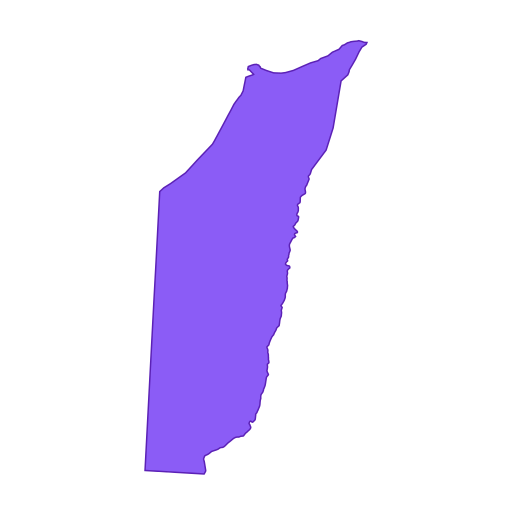 Albardón, San Juan, Argentina, rotated 183°
{"feature_id": "61730980B78651805295457", "entity_name": "Albardón", "entity_type": "district", "adm_level": 2, "iso_a3": "ARG", "parent_name": "Argentina", "parent_adm1": "San Juan", "projection": "robinson", "projection_center": [-68.511, -31.217], "detail": "fine", "context": "isolated", "style": "filled", "palette": "violet", "viewbox_px": 512, "rotation_deg": 183, "n_neighbors": 0, "source": "geoboundaries", "source_scale": "gbopen_adm2", "svg_char_len": 5495}
<svg xmlns="http://www.w3.org/2000/svg" viewBox="0 0 512 512"><g transform="rotate(183 256 256)"><path d="M273.9,441.6L273.5,441.6L273.2,441.5L272.7,441.5L272.4,441.5L272.2,441.4L272.0,441.2L269.9,439.2L268.0,437.5L267.8,437.3L267.9,437.2L268.1,437.1L268.7,436.8L268.8,436.7L269.3,436.5L270.6,436.0L272.4,435.3L275.4,434.0L275.5,433.9L276.3,428.2L276.5,427.1L277.5,420.1L277.6,419.9L279.0,416.8L279.4,415.8L279.9,415.2L281.2,413.7L281.3,413.6L282.9,411.1L283.7,409.9L284.2,409.2L285.6,406.9L285.9,406.5L288.7,400.3L291.1,395.3L294.2,388.6L301.3,373.5L301.5,373.1L301.7,372.7L302.1,371.9L303.5,368.9L305.3,365.4L319.5,348.9L330.7,335.3L345.3,323.7L351.6,319.3L355.5,315.3L355.5,242.6L355.6,204.3L355.6,165.9L355.6,89.3L355.6,50.9L355.6,36.0L296.4,35.6L295.1,38.3L295.0,38.9L295.0,39.2L296.8,47.5L296.9,47.9L297.0,48.3L297.3,49.1L297.7,50.3L297.7,50.8L297.2,52.4L296.8,53.5L296.5,53.9L295.3,54.6L294.6,54.9L294.0,55.3L293.1,55.8L292.2,56.6L290.8,57.8L290.4,58.3L290.1,58.5L285.5,60.3L285.0,60.5L284.7,60.7L284.2,60.9L283.8,61.1L283.5,61.3L283.2,61.6L282.6,62.0L282.2,62.4L281.8,62.6L281.4,62.7L280.9,62.9L279.5,63.1L279.1,63.2L278.6,63.5L278.1,63.8L277.4,64.4L276.7,65.1L274.9,67.1L274.4,67.7L274.0,68.0L273.6,68.4L273.0,68.9L272.5,69.3L272.0,69.8L271.4,70.3L270.8,70.9L269.9,71.7L269.3,72.3L268.9,72.6L268.6,72.8L268.0,73.2L267.1,73.7L266.4,74.0L265.3,74.2L264.5,74.3L263.7,74.3L263.0,74.6L261.8,75.2L259.6,75.5L259.1,75.7L257.4,78.2L257.0,78.7L256.7,78.9L256.0,79.5L255.1,80.5L254.3,81.3L253.5,82.1L253.0,82.7L252.6,83.4L252.4,83.8L252.3,84.4L252.3,84.8L252.5,85.3L253.3,86.9L253.3,87.2L253.6,87.6L254.0,87.9L254.2,88.4L254.0,89.2L253.7,90.1L253.4,90.5L252.9,90.8L252.3,90.7L252.0,90.4L251.7,90.2L251.4,90.0L251.0,89.9L250.6,89.9L250.3,90.2L248.6,92.0L248.2,93.0L248.0,96.7L248.0,98.0L247.6,98.8L247.0,99.5L246.7,100.3L246.4,101.3L246.1,101.8L244.6,106.1L244.4,107.2L244.3,108.5L244.3,110.0L244.2,111.7L244.1,112.6L243.8,113.8L243.8,114.4L243.9,115.4L243.9,116.6L243.8,117.2L243.7,117.8L243.2,118.7L242.8,119.3L242.4,119.9L242.2,120.2L241.8,121.4L241.5,122.6L241.5,123.0L241.4,123.6L241.3,123.9L241.0,124.4L240.9,124.8L240.7,125.4L240.2,127.0L240.0,128.2L239.8,129.9L239.7,131.1L239.5,132.9L239.4,134.1L239.2,135.4L238.9,136.0L238.4,136.7L238.0,137.2L237.7,137.6L237.4,138.2L237.7,139.0L238.6,140.6L239.1,142.1L238.9,143.3L238.7,145.1L238.7,146.2L239.0,147.8L238.9,148.7L237.7,149.8L237.5,150.6L237.9,152.4L238.2,153.3L238.2,155.0L238.4,155.8L238.4,156.6L238.5,157.8L238.6,158.6L239.2,160.1L239.2,161.0L239.2,162.6L239.5,163.5L240.3,165.2L240.2,166.1L239.0,167.3L238.5,168.0L238.2,169.7L237.9,170.8L237.3,172.5L236.8,173.9L236.2,175.3L236.0,175.9L235.0,177.4L234.3,178.2L233.7,180.0L233.3,180.9L232.5,182.4L232.1,183.3L231.7,184.9L231.2,185.7L229.9,187.0L229.3,187.6L229.1,189.3L229.0,190.3L228.9,192.2L228.8,193.2L228.6,194.6L228.2,195.7L227.6,197.4L227.6,198.5L227.5,200.0L227.5,200.9L227.8,202.5L227.9,203.3L227.4,205.0L227.2,206.1L228.2,207.2L228.5,207.9L227.5,209.3L226.9,210.3L226.0,212.1L225.4,213.4L225.0,214.8L224.7,215.8L224.6,217.1L224.7,218.2L224.7,219.5L224.5,220.5L223.9,221.7L223.6,222.3L223.4,223.4L223.0,225.3L223.0,226.8L222.9,227.9L223.2,229.6L223.4,230.6L223.5,232.2L223.8,233.0L223.8,234.7L223.8,235.7L224.2,237.2L224.0,238.3L223.6,240.0L223.7,241.1L224.0,242.6L223.7,243.7L222.5,245.1L221.7,245.7L221.6,246.4L221.7,246.9L222.0,247.5L222.4,247.8L224.2,248.1L225.0,248.3L226.1,249.4L226.0,250.4L225.2,251.7L224.6,252.3L224.3,252.5L224.2,253.3L224.6,253.9L224.6,254.5L224.0,255.5L223.5,256.3L223.4,257.3L223.5,258.1L223.2,259.3L223.1,260.7L222.7,261.7L222.2,263.3L222.3,264.3L222.8,266.0L223.1,267.0L223.2,268.1L223.3,268.6L223.1,269.7L221.3,273.6L220.9,274.5L220.0,275.9L218.9,276.3L218.5,276.5L218.1,276.9L217.8,277.3L217.5,277.6L217.9,278.1L218.2,278.5L218.6,279.1L218.7,279.7L218.6,280.1L218.4,280.4L217.5,281.0L216.9,281.2L216.3,281.3L215.9,281.8L215.9,282.4L216.2,282.9L216.9,283.5L218.3,284.7L219.1,285.4L220.1,286.7L220.3,287.1L220.3,287.6L219.1,288.7L218.7,289.4L218.3,290.3L218.1,290.8L217.4,291.6L216.3,292.8L215.9,293.8L215.6,295.7L215.5,296.8L215.4,297.2L215.6,297.6L216.2,298.1L216.9,298.2L217.2,298.5L217.4,299.1L217.4,299.6L217.1,300.9L216.4,302.2L216.1,303.9L216.2,304.7L216.2,305.9L216.3,306.5L216.4,307.1L216.8,307.7L217.2,308.3L217.3,309.0L217.0,309.9L216.3,310.4L215.3,311.3L214.9,311.6L214.8,312.3L214.7,313.2L214.8,314.6L214.8,316.9L214.4,317.6L213.2,318.9L212.4,319.4L210.9,320.4L210.4,320.7L210.0,321.2L209.9,321.8L209.9,322.4L210.1,323.4L210.5,325.0L210.6,325.9L210.2,327.4L210.0,328.2L209.3,328.9L209.1,329.4L208.5,331.2L207.7,333.5L207.1,335.3L207.0,335.7L207.2,336.2L207.7,337.3L207.8,338.0L207.9,338.4L207.7,338.8L207.5,339.0L206.8,339.8L206.4,340.3L205.9,341.6L205.7,342.6L205.5,343.3L205.0,345.3L191.5,365.5L186.4,385.2L185.7,387.9L180.2,435.3L173.8,441.7L172.7,444.9L172.5,446.9L170.0,451.6L166.9,457.7L163.7,465.4L161.2,470.1L157.1,473.2L156.9,473.7L156.4,475.0L158.8,475.0L159.8,475.2L161.2,475.7L164.6,476.4L166.3,475.9L169.4,475.5L172.5,474.9L173.8,474.3L175.9,473.6L178.7,471.6L180.9,470.7L183.9,466.8L190.4,463.5L194.7,459.6L201.7,456.6L204.2,454.3L211.6,451.7L219.3,447.9L228.3,443.3L236.1,440.7L240.5,439.9L248.0,439.8L255.7,441.9L261.1,443.8L261.6,444.5L261.7,445.0L261.9,445.4L262.3,445.5L262.7,445.9L263.0,446.4L263.3,446.8L263.9,446.9L264.5,447.0L265.0,447.2L265.4,447.4L268.0,447.1L270.5,446.2L273.6,444.8L273.8,443.5L274.0,443.1L273.9,443.0L273.9,442.9L273.9,441.6Z" fill="#8b5cf6" stroke="#5b21b6" stroke-width="1.5"/></g></svg>